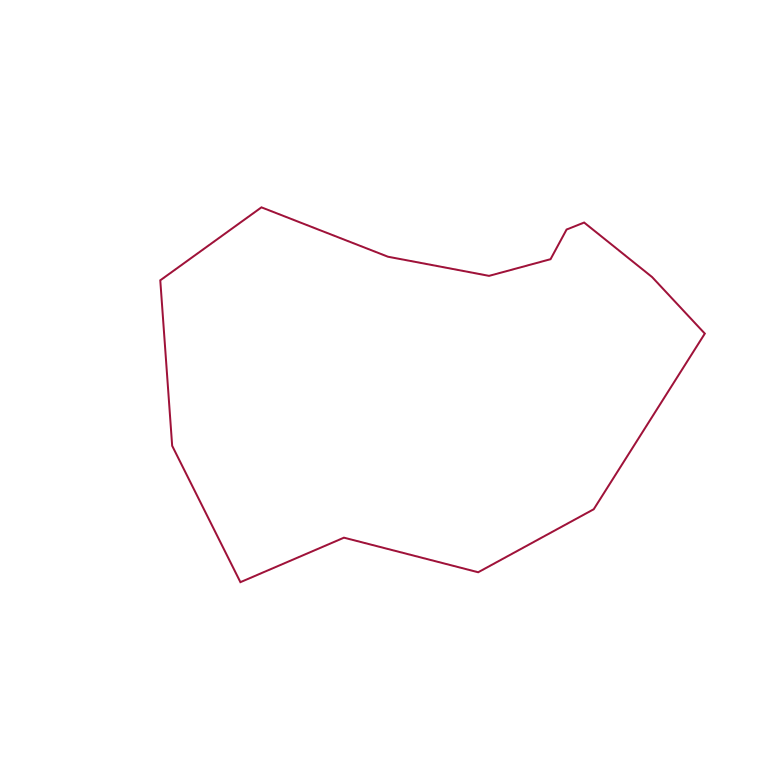 the state/province of Aimeliik, rotated 123°
{"feature_id": "PLW-5244", "entity_name": "Aimeliik", "entity_type": "state/province", "adm_level": 1, "iso_a3": "PLW", "parent_name": "Palau", "parent_adm1": "", "projection": "robinson", "projection_center": [134.515, 7.434], "detail": "fine", "context": "isolated", "style": "outline", "palette": "rose", "viewbox_px": 768, "rotation_deg": 123, "n_neighbors": 0, "source": "natural_earth", "source_scale": "10m", "svg_char_len": 346}
<svg xmlns="http://www.w3.org/2000/svg" viewBox="0 0 768 768"><g transform="rotate(123 384 384)"><path d="M302.6,583.0L275.1,450.0L236.1,354.8L188.6,312.3L155.0,315.0L139.6,304.1L148.3,217.4L167.0,142.4L374.8,139.9L490.6,202.5L534.7,333.9L628.4,396.5L551.2,528.0L418.9,628.1L302.6,583.0Z" fill="none" stroke="#9f1239" stroke-width="2"/></g></svg>